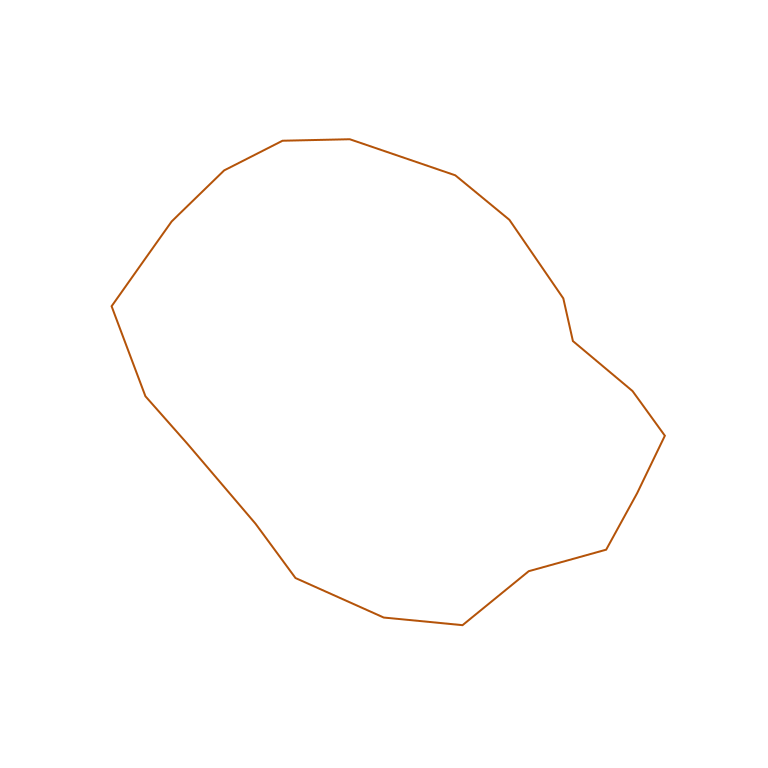 the district of Ganja City, Gəncə, Azerbaijan, rotated 288°
{"feature_id": "54616110B84154267491992", "entity_name": "Ganja City", "entity_type": "district", "adm_level": 2, "iso_a3": "AZE", "parent_name": "Azerbaijan", "parent_adm1": "Gəncə", "projection": "albers", "projection_center": [46.358, 40.691], "detail": "fine", "context": "isolated", "style": "outline", "palette": "amber", "viewbox_px": 768, "rotation_deg": 288, "n_neighbors": 0, "source": "geoboundaries", "source_scale": "gbopen_adm2", "svg_char_len": 490}
<svg xmlns="http://www.w3.org/2000/svg" viewBox="0 0 768 768"><g transform="rotate(288 384 384)"><path d="M602.4,392.7L604.5,387.3L606.2,275.8L584.0,212.3L537.8,166.0L482.3,136.7L472.9,131.8L429.1,118.1L373.8,100.9L366.6,106.6L298.6,160.9L266.2,215.8L211.4,305.0L172.1,359.8L161.8,455.9L178.9,533.2L250.7,579.5L295.1,646.5L358.4,658.5L379.1,661.3L421.6,667.1L447.5,631.6L454.1,622.5L483.2,550.4L520.8,528.1L578.9,452.5L602.4,392.7Z" fill="none" stroke="#b45309" stroke-width="2"/></g></svg>